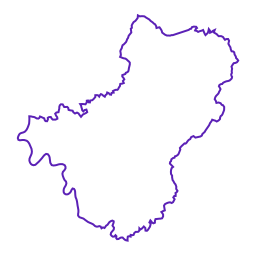 the district of Capão Alto, Santa Catarina, Brazil
{"feature_id": "56859067B63554103523917", "entity_name": "Capão Alto", "entity_type": "district", "adm_level": 2, "iso_a3": "BRA", "parent_name": "Brazil", "parent_adm1": "Santa Catarina", "projection": "natural_earth1", "projection_center": [-50.626, -28.064], "detail": "fine", "context": "isolated", "style": "outline", "palette": "violet", "viewbox_px": 256, "rotation_deg": 0, "n_neighbors": 0, "source": "geoboundaries", "source_scale": "gbopen_adm2", "svg_char_len": 5774}
<svg xmlns="http://www.w3.org/2000/svg" viewBox="0 0 256 256"><path d="M101.5,228.3L103.0,227.4L104.5,228.0L105.3,226.9L106.1,225.7L107.5,224.8L109.4,222.1L111.1,221.0L112.4,220.6L113.7,221.3L113.6,222.7L112.5,225.6L114.0,227.7L113.7,229.6L111.1,232.7L110.7,234.6L111.6,235.8L112.9,236.7L114.4,236.5L115.5,235.2L116.4,236.2L116.2,238.1L117.0,239.1L118.5,239.0L119.8,238.1L121.1,237.5L122.6,237.5L123.6,238.6L124.8,239.7L126.0,240.3L127.6,240.6L127.5,238.8L127.8,236.6L129.2,236.2L130.6,236.6L130.7,234.9L132.3,235.2L133.6,234.9L134.3,233.0L135.6,231.9L137.2,231.9L138.4,231.7L139.3,230.5L139.4,228.4L140.4,229.5L142.1,228.4L143.8,226.5L145.3,228.0L145.5,230.6L146.9,230.8L147.9,229.9L149.9,226.8L150.3,225.4L150.7,223.6L149.4,222.5L150.4,220.4L151.3,221.4L152.0,222.5L153.4,223.3L154.9,222.7L154.9,220.9L155.5,219.1L159.2,218.7L160.3,218.7L162.1,218.3L163.1,216.4L163.1,214.5L162.4,213.3L161.4,212.0L163.2,211.0L164.8,210.4L164.0,205.7L164.9,204.2L166.5,203.3L168.3,202.6L170.0,202.3L171.7,203.0L173.1,202.1L174.6,199.2L173.3,197.4L174.3,196.0L175.6,196.0L175.7,194.5L175.5,193.0L176.7,192.2L177.5,190.9L176.2,188.9L176.3,186.6L175.5,184.4L174.4,183.1L173.5,181.3L172.6,180.1L172.1,177.3L172.1,175.7L171.0,173.9L170.9,171.7L171.1,169.8L171.7,168.0L173.1,166.9L171.0,164.7L169.9,163.6L170.1,162.1L171.0,161.2L171.4,159.3L173.1,158.0L174.5,157.7L175.0,156.3L176.2,156.0L177.7,155.0L178.7,153.7L179.4,151.8L180.3,149.6L179.9,148.0L181.4,146.3L184.5,143.4L185.6,143.6L186.6,142.7L187.4,141.4L188.7,139.9L190.2,139.1L191.1,137.2L192.3,136.6L193.5,136.1L195.4,137.6L200.4,136.5L201.8,135.6L202.4,134.0L204.8,131.8L205.4,130.6L209.1,125.3L210.1,123.0L211.5,121.2L212.2,119.7L213.9,120.3L215.4,120.7L216.7,121.5L217.9,120.9L218.9,120.2L220.0,119.0L220.1,117.5L220.7,116.1L221.8,115.3L222.5,114.2L223.6,111.4L224.1,110.0L224.2,107.0L223.0,105.2L221.7,104.8L220.6,103.2L218.5,102.5L216.4,102.9L215.8,100.8L214.7,99.2L215.3,97.2L216.2,95.8L217.4,94.6L218.5,93.4L219.1,91.8L219.9,90.5L220.5,89.1L219.8,87.7L218.9,86.2L219.5,84.9L221.0,84.1L222.2,84.0L223.1,82.8L224.6,82.0L226.4,81.3L228.1,81.0L229.6,80.5L230.7,79.5L231.7,78.5L232.1,76.9L231.4,75.7L231.2,74.3L231.9,72.9L231.7,71.1L232.1,68.6L231.5,66.6L232.7,64.6L233.7,63.2L235.5,62.9L237.0,62.2L238.2,60.6L237.3,59.2L236.1,58.1L235.8,56.5L234.6,54.5L234.2,52.3L233.2,51.5L231.6,51.3L230.8,49.4L230.4,47.3L229.4,45.7L228.4,43.8L228.7,42.4L229.1,40.8L228.1,39.0L226.2,39.1L225.0,39.8L224.1,38.7L223.1,37.1L221.4,36.2L220.0,36.1L218.8,36.2L217.6,35.2L216.8,34.2L215.4,33.4L213.8,32.4L214.7,30.0L213.0,30.8L211.4,32.1L210.1,32.7L209.9,30.6L208.8,29.1L208.4,31.0L207.8,32.9L205.5,35.1L204.8,34.0L203.9,31.9L203.1,30.0L201.8,30.6L199.7,31.2L198.1,31.9L196.9,31.0L195.1,30.5L195.8,28.9L197.0,28.0L196.2,26.8L193.8,26.6L191.9,27.2L191.2,28.7L189.9,29.0L188.7,29.9L172.9,35.1L171.6,35.1L170.2,35.6L166.8,35.5L165.0,34.7L162.2,32.6L161.6,30.5L160.7,29.0L159.5,27.3L157.9,27.6L156.5,28.0L156.1,26.0L155.1,24.3L153.9,23.6L152.6,22.3L150.7,21.0L149.3,19.5L145.8,17.4L144.5,16.4L142.9,16.2L141.0,16.2L139.9,16.4L137.9,15.4L137.7,17.9L136.6,19.4L135.4,20.9L133.6,22.1L132.4,24.0L131.7,25.5L131.9,27.8L130.8,28.7L131.3,32.5L128.7,35.7L128.0,38.0L127.2,39.1L126.6,40.8L126.0,42.1L123.9,44.3L122.6,45.2L122.1,46.6L121.7,48.3L120.9,49.6L120.3,51.1L120.6,52.7L120.9,55.0L120.1,56.9L122.7,58.0L124.1,58.4L125.4,58.6L126.6,59.4L127.8,60.6L128.9,61.5L129.8,62.6L129.8,64.5L128.9,68.2L128.7,69.7L128.2,71.5L126.9,72.4L125.8,72.8L125.3,74.0L122.3,75.1L122.3,76.5L123.4,77.8L124.3,79.3L122.9,81.0L123.8,83.0L122.3,83.6L120.3,83.9L119.8,86.4L118.9,87.4L118.3,88.9L117.5,89.8L115.8,89.8L114.4,90.3L113.0,91.0L113.6,92.6L111.6,92.9L111.1,94.7L109.8,94.5L108.7,93.1L107.2,92.5L106.7,94.3L105.6,95.0L104.8,96.7L103.4,95.8L102.2,94.7L100.9,94.1L99.9,95.2L99.2,96.6L98.2,95.4L97.0,95.1L95.3,95.2L95.3,97.0L93.8,98.8L92.3,100.2L90.2,100.5L89.9,102.4L88.7,102.3L88.0,100.5L86.8,100.7L86.8,102.3L85.5,104.3L83.8,104.1L81.9,104.0L80.2,104.1L81.1,105.6L81.4,107.2L81.9,108.6L82.2,110.2L83.3,111.4L84.5,110.1L86.4,109.6L87.2,112.1L86.0,113.0L82.9,114.5L81.0,116.8L79.5,114.9L78.5,113.4L77.0,112.6L75.0,113.5L73.4,112.3L72.6,110.7L70.1,110.3L68.6,109.9L68.2,107.9L67.2,106.9L65.5,107.0L64.2,107.0L62.7,104.4L60.9,104.3L59.8,105.3L59.3,106.9L59.3,108.6L58.9,110.1L58.5,112.2L56.4,112.5L55.2,113.7L56.1,115.7L57.2,117.2L57.4,118.7L55.6,119.6L52.8,119.6L51.8,118.7L50.8,117.0L49.0,117.1L47.8,117.8L47.9,119.5L47.1,121.2L45.5,121.1L44.7,120.0L44.2,118.3L42.7,117.7L41.3,117.0L40.0,116.5L39.4,117.9L38.3,118.6L36.6,118.4L35.2,117.5L34.0,117.0L32.5,116.8L31.0,116.4L29.3,116.3L29.4,119.0L29.3,121.2L29.1,123.7L28.3,126.0L27.5,128.0L26.6,129.7L25.7,130.8L24.7,131.8L23.1,132.5L21.2,133.0L19.7,133.8L18.8,135.2L18.2,136.6L17.8,138.1L18.4,139.8L19.9,140.3L22.2,140.0L24.1,140.0L25.6,140.4L26.8,140.8L28.0,141.8L29.2,143.5L31.5,148.8L31.9,151.4L31.7,153.3L31.2,154.7L30.0,157.4L29.5,158.8L29.4,160.7L30.0,162.5L30.9,163.9L32.1,164.8L33.5,165.2L35.4,164.8L39.0,161.5L40.6,159.7L42.0,158.1L43.2,156.5L44.4,155.1L46.1,153.9L47.8,154.2L49.1,155.9L49.6,157.4L50.3,162.8L51.7,165.1L53.5,165.5L55.3,165.3L56.7,165.0L57.9,164.6L59.0,164.3L60.5,164.1L62.3,164.1L63.6,164.6L64.8,165.3L65.5,166.8L65.5,168.4L64.5,170.1L62.9,171.9L62.4,173.8L62.8,175.8L63.8,178.5L64.7,180.2L66.0,181.5L66.4,183.3L66.0,184.8L65.3,186.2L64.4,187.6L63.8,189.1L63.6,190.7L63.7,192.2L64.4,193.5L65.7,194.3L67.0,194.4L68.2,194.1L69.6,193.1L70.8,191.7L71.5,190.0L72.6,188.5L74.0,188.9L74.8,190.2L75.1,191.5L75.3,195.0L75.6,197.2L76.5,199.4L77.0,201.4L77.6,205.7L78.0,207.7L78.4,210.1L78.4,212.2L78.1,213.9L78.1,215.6L79.4,217.2L83.5,218.6L85.0,219.8L87.9,221.9L89.8,222.8L91.5,223.5L93.1,224.3L95.1,226.1L96.4,226.6L97.7,226.6L99.3,226.1L100.7,226.6L101.5,228.3Z" fill="none" stroke="#5b21b6" stroke-width="2"/></svg>